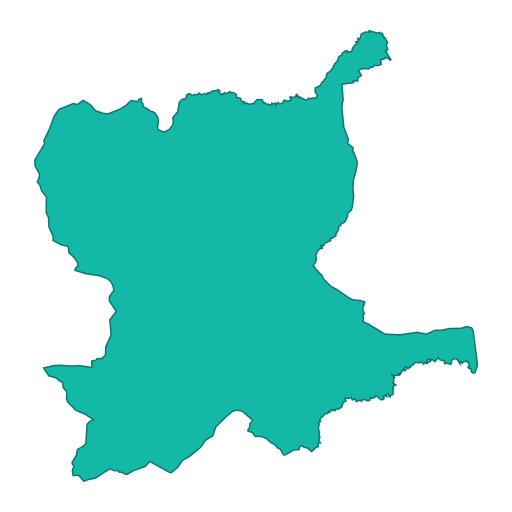 Si Banphot, Phatthalung, Thailand
{"feature_id": "78962969B76143579725906", "entity_name": "Si Banphot", "entity_type": "district", "adm_level": 2, "iso_a3": "THA", "parent_name": "Thailand", "parent_adm1": "Phatthalung", "projection": "albers", "projection_center": [99.901, 7.693], "detail": "fine", "context": "isolated", "style": "filled", "palette": "teal", "viewbox_px": 512, "rotation_deg": 0, "n_neighbors": 0, "source": "geoboundaries", "source_scale": "gbopen_adm2", "svg_char_len": 5935}
<svg xmlns="http://www.w3.org/2000/svg" viewBox="0 0 512 512"><path d="M96.9,358.7L96.0,360.3L91.8,360.9L91.9,367.5L79.4,365.6L72.1,366.1L59.6,365.3L53.7,365.6L43.6,368.0L48.9,375.9L56.2,377.9L59.6,381.1L62.4,382.0L63.3,387.7L66.8,391.7L66.5,399.0L68.0,402.4L75.7,410.1L85.5,414.4L93.3,419.6L89.4,421.7L87.2,424.2L85.8,443.6L83.2,446.2L77.4,449.6L76.5,455.2L72.1,462.2L72.4,464.1L74.0,466.2L72.4,469.9L73.0,475.5L78.6,475.3L84.0,481.3L87.9,479.6L95.4,478.2L109.6,468.8L114.6,470.7L117.6,470.6L119.4,472.2L122.1,472.2L125.1,474.2L127.2,474.3L133.5,470.6L144.9,466.6L149.9,461.5L169.8,472.6L171.5,472.6L177.6,467.5L182.2,460.7L190.0,456.0L200.4,447.5L205.6,440.2L212.8,435.8L215.8,427.0L226.2,416.6L232.3,411.5L236.5,410.1L242.4,411.2L252.1,419.7L252.1,421.4L249.8,423.8L249.5,427.9L247.9,429.9L248.1,431.2L252.5,432.5L255.0,436.4L261.5,436.5L266.4,438.5L271.0,442.7L274.5,444.4L277.6,448.0L280.3,449.1L283.4,454.9L285.0,455.0L293.5,450.1L299.1,449.5L299.9,446.3L302.0,445.6L304.0,447.3L307.2,447.9L311.6,451.6L316.6,447.0L318.1,446.9L318.3,442.7L320.4,443.0L318.7,439.3L319.8,437.9L319.7,436.0L318.8,434.7L319.5,432.7L318.4,428.0L319.1,424.3L318.3,423.4L320.6,421.2L319.5,420.5L320.8,417.9L323.0,416.5L324.6,414.0L327.8,413.3L328.6,411.0L329.9,412.3L331.6,409.6L333.0,410.6L334.1,409.5L335.1,410.7L336.1,408.9L338.3,409.2L341.7,407.2L343.2,402.5L346.1,401.0L344.9,398.8L345.3,397.9L348.3,398.5L351.1,397.5L352.4,399.9L355.2,398.8L356.0,401.3L356.9,401.6L359.9,400.1L361.4,401.2L361.5,400.2L364.6,399.5L367.8,401.0L369.8,400.1L370.6,397.4L372.0,398.3L374.8,397.4L375.9,395.3L380.9,399.8L383.5,399.4L384.2,398.4L383.1,396.5L384.5,395.7L386.6,396.5L385.8,394.7L388.4,393.7L388.5,396.1L390.1,396.8L390.1,395.3L392.7,394.6L393.4,392.9L392.8,391.6L393.4,389.4L392.5,388.1L393.5,387.7L393.5,385.6L395.8,384.9L392.5,382.6L393.8,381.4L393.5,379.2L394.6,377.6L392.6,376.1L391.8,374.2L394.5,375.7L399.7,375.0L400.0,374.5L398.7,374.4L398.4,373.6L400.9,373.2L402.4,370.4L405.3,370.7L405.6,369.6L404.0,368.6L405.7,366.8L407.1,367.8L406.9,368.6L408.5,368.5L409.2,367.3L410.4,367.5L411.1,365.5L413.5,364.7L413.6,363.7L415.9,362.4L419.2,362.9L421.7,362.0L423.5,364.2L425.5,362.1L426.4,362.2L426.3,363.5L427.6,363.2L428.2,362.5L427.0,360.2L428.7,358.9L429.9,359.7L429.3,361.6L430.1,361.7L431.9,359.2L434.9,361.7L438.1,357.6L439.9,359.8L444.4,361.0L444.6,363.7L445.9,363.0L450.2,364.3L451.5,363.6L451.4,360.6L453.3,359.1L455.9,358.7L457.7,360.0L460.0,363.8L460.0,362.3L460.9,361.6L462.2,363.3L463.6,361.8L467.1,361.0L467.3,362.4L468.9,362.7L469.1,366.3L468.0,367.3L469.2,368.6L471.2,368.5L471.4,371.8L473.3,373.2L475.0,372.8L477.2,366.0L477.2,362.3L473.1,330.6L471.7,327.9L466.9,326.6L460.4,328.4L449.8,328.5L441.4,330.3L435.3,330.2L426.3,334.2L416.9,332.3L400.3,334.8L385.0,334.2L368.1,323.9L363.0,321.7L363.5,318.1L362.9,314.8L364.4,313.5L362.6,309.2L363.5,306.4L363.0,305.6L364.3,304.6L364.7,301.9L360.2,300.5L353.5,299.9L349.7,298.4L336.9,289.5L330.6,286.2L323.7,279.2L321.6,275.0L315.0,268.4L314.7,266.9L313.5,266.7L313.3,265.5L316.0,261.4L316.4,257.3L315.7,256.1L317.4,251.4L319.9,248.7L322.4,248.4L322.3,247.0L320.6,246.4L320.7,245.4L323.7,245.4L325.4,242.8L330.8,240.6L330.4,238.1L332.0,238.2L335.7,236.1L336.0,233.8L338.3,230.1L338.9,226.0L340.4,225.7L341.5,223.5L344.6,222.3L347.5,216.7L347.6,213.3L351.3,210.1L352.4,206.5L353.7,195.4L352.9,188.8L353.4,180.0L356.2,170.0L357.4,162.4L353.8,152.4L353.0,152.3L353.0,147.6L347.6,143.5L348.3,139.2L343.8,127.3L341.9,107.5L342.4,102.0L343.2,100.4L341.9,84.2L353.4,82.7L353.3,81.0L357.9,81.0L357.7,77.8L361.4,75.4L358.5,70.8L360.6,69.0L363.6,68.9L364.0,68.2L368.4,69.1L371.0,66.9L371.5,67.5L373.3,66.8L373.9,65.5L379.5,65.4L379.8,64.6L381.2,64.4L380.5,59.8L384.4,58.9L385.3,57.4L389.3,58.9L389.9,60.1L390.9,59.6L385.6,51.2L387.8,49.6L386.2,44.6L387.7,42.8L384.6,37.2L383.7,37.3L382.3,33.3L380.1,33.7L379.8,32.5L377.1,33.0L369.0,30.7L369.1,32.3L365.7,32.0L361.4,33.9L359.6,39.5L357.8,38.5L358.3,41.9L355.9,41.6L356.6,43.5L353.0,47.4L351.6,51.2L350.4,52.1L348.9,51.6L346.6,52.4L346.9,50.6L345.2,51.0L342.0,53.4L342.0,55.2L339.1,56.3L337.1,61.4L334.6,63.9L332.7,68.1L330.1,71.4L327.1,73.3L326.1,77.6L323.9,80.1L323.9,81.1L321.9,82.3L320.2,85.6L315.2,87.9L315.2,92.3L317.3,94.6L316.5,97.5L315.4,98.0L311.8,98.1L310.3,98.9L308.5,98.1L307.5,99.6L305.6,100.0L299.0,96.7L298.1,97.7L297.4,94.8L296.6,94.4L295.9,95.2L296.4,96.6L293.4,97.4L290.1,96.8L290.0,98.0L291.4,99.4L291.0,100.1L288.0,101.3L284.3,100.1L282.0,103.6L279.4,103.7L277.8,102.4L275.6,105.2L275.2,103.2L274.7,103.8L271.7,103.2L272.0,104.5L271.2,105.1L268.0,104.1L267.0,104.6L264.8,102.7L263.5,103.1L262.4,100.0L260.3,99.5L257.0,99.7L252.7,104.3L252.0,103.7L248.9,104.3L247.7,103.2L243.8,103.7L244.7,101.9L242.0,101.7L240.3,98.1L236.7,97.7L236.2,94.3L232.8,92.5L231.2,93.0L230.2,91.5L226.0,93.7L224.4,92.6L223.3,94.4L221.6,93.7L220.3,94.2L218.7,91.6L219.9,91.0L217.8,89.5L216.8,90.5L212.5,91.0L209.6,92.9L207.9,92.6L207.4,94.2L204.9,93.7L201.2,94.8L198.9,93.0L197.5,94.9L195.0,94.4L191.8,95.7L190.1,93.7L188.9,93.7L186.8,94.9L185.6,98.7L182.2,99.3L179.3,102.2L177.8,111.5L172.9,117.5L173.4,121.9L172.7,125.0L169.4,129.4L164.0,132.2L157.9,129.5L157.4,127.7L158.5,121.5L157.5,116.8L155.0,113.2L152.5,111.5L149.9,111.1L148.6,109.5L143.2,106.7L142.8,103.6L141.5,102.3L141.5,98.4L138.9,99.3L137.2,101.7L132.2,100.6L130.6,100.9L126.1,105.4L119.9,109.2L107.9,113.9L103.4,113.4L95.6,110.8L90.3,104.7L83.2,100.3L77.7,104.4L72.9,103.7L59.0,109.4L54.3,115.9L49.8,128.2L43.9,140.6L44.6,143.7L34.8,160.1L35.1,165.9L39.5,174.1L39.4,176.6L37.3,182.1L39.9,185.2L41.7,191.0L46.4,196.9L46.2,212.6L48.5,217.5L48.9,226.9L53.2,236.4L53.0,240.4L61.3,244.9L68.2,246.3L68.9,252.6L73.7,257.0L77.6,262.5L77.7,265.9L74.9,269.3L75.1,270.4L86.6,273.9L98.1,275.4L106.9,278.3L110.5,281.2L113.0,285.7L113.8,290.4L109.4,296.7L109.3,300.8L116.2,311.4L109.8,319.9L111.2,334.8L105.8,346.6L105.4,354.9L101.9,358.5L96.9,358.7Z" fill="#14b8a6" stroke="#0f766e" stroke-width="1.5"/></svg>